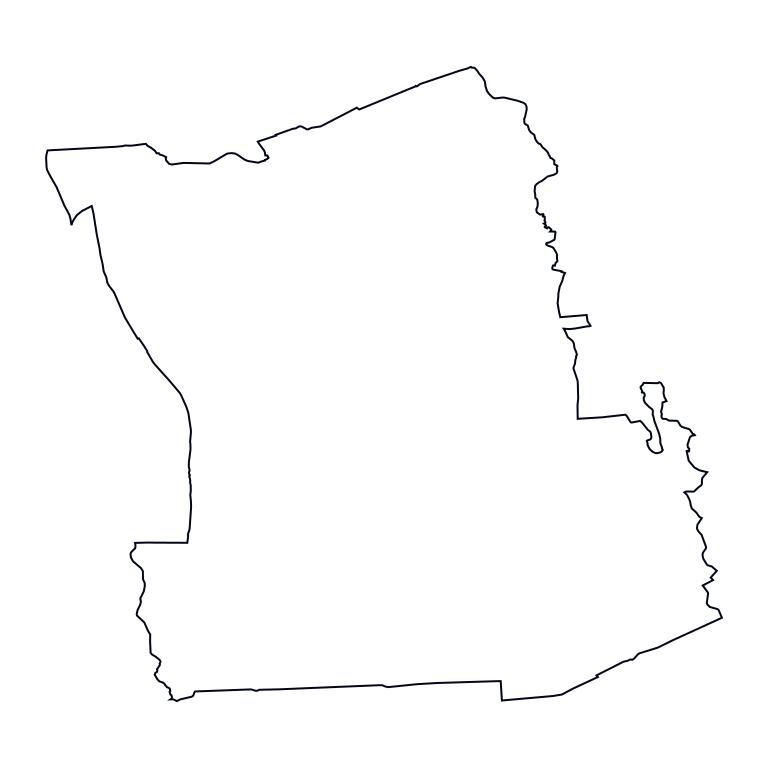 outline of Optasi-Magura, Olt, Romania
{"feature_id": "2599482B31231477930356", "entity_name": "Optasi-Magura", "entity_type": "district", "adm_level": 2, "iso_a3": "ROU", "parent_name": "Romania", "parent_adm1": "Olt", "projection": "natural_earth1", "projection_center": [24.65, 44.581], "detail": "fine", "context": "isolated", "style": "outline", "palette": "ink", "viewbox_px": 768, "rotation_deg": 0, "n_neighbors": 0, "source": "geoboundaries", "source_scale": "gbopen_adm2", "svg_char_len": 6087}
<svg xmlns="http://www.w3.org/2000/svg" viewBox="0 0 768 768"><path d="M701.8,518.1L699.2,516.7L696.3,512.5L691.8,508.5L690.7,505.1L690.1,501.6L689.2,499.2L687.1,495.0L684.4,492.4L686.2,491.5L693.9,491.6L698.7,487.1L701.1,485.4L701.9,483.9L701.9,480.3L702.4,477.9L707.2,472.2L699.4,470.3L694.3,467.4L688.7,460.7L686.6,451.1L687.2,450.8L688.8,451.5L689.1,451.1L689.2,448.6L687.9,447.4L687.5,444.7L690.0,437.1L691.8,435.7L694.8,435.2L694.2,434.3L692.6,433.7L690.0,429.8L689.0,429.1L681.9,426.9L680.2,425.4L677.9,421.3L676.8,420.8L669.1,420.6L666.1,419.0L662.8,418.8L661.9,418.0L661.4,415.9L661.9,414.4L661.1,411.7L662.3,406.7L662.5,402.5L666.5,401.1L664.3,396.7L663.5,393.2L663.8,390.6L663.7,387.5L661.0,383.1L659.5,382.2L657.8,383.2L643.7,382.9L642.7,384.7L640.7,386.8L640.6,387.9L642.0,390.6L641.9,392.5L643.7,392.6L644.6,394.2L644.8,395.8L643.8,397.4L643.7,398.6L644.0,400.6L645.2,403.0L649.2,407.1L652.0,409.1L652.9,410.8L652.7,414.6L653.5,416.9L654.4,421.0L659.4,434.5L659.7,436.5L660.2,437.9L660.4,443.4L662.0,447.5L661.9,448.2L662.6,449.6L662.4,449.6L662.1,451.0L661.7,451.6L660.5,452.3L657.6,453.1L655.3,453.1L652.5,451.7L650.0,449.4L649.2,448.3L647.6,445.1L647.5,442.9L646.8,440.9L647.4,440.4L650.4,439.4L651.1,438.5L651.4,436.8L650.8,432.9L650.1,431.5L648.0,430.0L642.1,422.7L640.2,420.9L631.9,422.5L630.7,422.3L626.8,416.0L625.4,414.7L602.4,417.3L577.7,418.8L577.5,405.3L578.2,398.3L577.8,383.7L577.6,380.9L577.0,378.9L573.5,368.6L573.5,367.8L575.0,363.5L575.4,359.7L576.1,358.0L576.1,356.3L576.9,354.8L576.2,352.2L574.4,347.7L573.8,343.4L572.9,341.6L572.2,340.6L567.8,337.1L565.1,331.0L563.7,328.7L569.7,329.1L575.2,328.5L587.5,326.3L588.8,326.4L590.5,325.8L587.5,321.1L586.7,315.0L560.3,317.2L559.2,312.7L557.6,303.3L558.3,296.7L558.4,293.4L559.7,286.7L562.2,281.1L563.5,276.2L565.0,273.0L561.9,272.0L562.2,271.7L561.7,271.2L553.2,269.6L552.4,269.0L552.3,267.6L553.0,265.7L553.2,265.4L555.0,265.6L555.4,263.3L557.4,261.2L557.0,258.7L557.0,254.7L556.1,252.4L553.5,248.1L552.2,247.1L547.3,245.4L546.3,244.5L546.2,243.6L546.8,243.0L549.7,242.3L554.4,239.7L554.7,239.0L555.5,232.3L555.0,231.6L550.2,231.5L551.2,230.4L551.3,229.5L548.7,227.2L547.7,227.4L547.1,228.3L544.8,227.3L544.8,226.7L546.1,225.9L545.9,225.2L544.0,223.6L545.2,223.3L545.4,222.8L545.2,221.6L544.5,220.6L544.8,219.6L544.7,216.7L542.9,216.4L542.9,215.6L543.5,214.6L543.2,214.1L540.7,214.6L539.9,214.5L536.8,212.3L536.3,209.4L537.5,206.6L537.8,203.6L537.4,200.2L537.0,199.3L535.3,197.8L535.2,194.0L534.6,191.2L535.1,186.1L536.5,184.2L539.1,182.3L542.0,180.8L547.6,176.5L554.0,174.7L556.5,173.3L557.3,171.7L556.8,167.8L556.8,167.2L557.4,166.5L557.3,165.7L554.4,164.3L554.2,163.9L554.3,160.5L551.5,158.2L550.4,158.0L549.7,156.0L548.7,154.8L548.0,152.6L545.5,149.8L542.7,147.5L540.3,144.1L538.4,143.4L536.7,141.4L535.3,138.9L534.3,134.9L531.2,132.7L530.0,131.3L529.2,130.1L527.7,125.4L525.2,124.1L524.4,122.9L524.2,118.8L525.0,117.1L526.7,109.3L526.5,106.5L525.5,104.3L523.5,102.8L517.8,100.8L504.9,97.7L502.9,97.5L495.1,98.4L492.9,97.6L488.9,93.8L487.0,91.0L485.6,86.6L484.8,81.4L482.5,77.4L479.4,74.1L477.5,71.1L474.7,67.9L471.5,67.5L470.9,66.9L467.3,68.5L459.0,70.9L420.2,84.0L417.3,86.1L416.3,86.4L415.7,86.0L415.4,86.4L359.2,109.5L356.8,107.7L320.7,126.4L311.5,127.8L308.2,129.3L306.8,129.3L301.4,126.4L299.2,126.4L295.6,128.4L292.7,128.8L275.6,134.9L276.1,135.6L257.8,141.6L258.9,143.5L264.1,150.5L264.9,152.5L265.3,155.4L267.4,155.5L268.5,157.8L267.9,158.1L267.3,159.0L264.9,159.9L264.9,160.6L261.9,161.3L258.2,162.7L247.8,161.0L244.3,159.5L237.7,154.9L234.8,153.5L231.7,153.1L228.2,153.4L226.4,154.0L214.7,161.0L209.6,163.5L183.7,162.9L171.9,164.5L169.2,163.9L166.2,160.5L165.7,158.5L166.2,157.2L162.5,155.3L159.6,154.5L158.8,153.2L156.6,153.3L155.0,150.8L150.8,147.6L147.5,145.8L145.9,143.8L134.6,145.3L131.2,145.7L124.9,145.5L123.0,146.1L115.3,146.8L47.6,150.4L46.4,154.8L46.1,158.0L46.6,167.4L47.2,170.2L50.3,176.2L56.6,187.2L64.5,205.8L69.4,214.9L70.4,218.6L71.5,225.2L72.2,222.7L73.3,220.5L76.8,215.2L82.2,210.9L91.7,206.0L93.5,213.6L96.7,234.1L99.6,248.7L100.4,254.7L102.6,264.0L103.7,271.4L106.4,277.6L107.2,282.1L107.8,283.7L109.2,286.0L113.6,291.7L114.5,293.4L124.9,317.5L134.2,333.0L137.7,338.7L138.8,338.3L144.3,346.4L147.2,351.0L147.2,352.0L152.9,361.9L154.8,364.4L169.7,381.0L180.0,393.2L181.5,396.0L186.5,407.2L188.4,413.2L190.9,430.1L190.9,432.5L190.1,441.8L190.4,444.1L190.5,449.3L188.9,462.2L188.8,466.8L189.2,468.1L189.6,470.9L189.0,472.1L189.1,473.4L189.4,474.9L189.9,475.2L189.2,476.6L189.8,478.0L190.2,480.4L190.1,482.6L190.7,485.2L190.8,490.9L190.3,494.9L191.0,502.2L191.1,507.2L189.6,529.1L187.9,534.4L188.2,535.8L187.3,542.8L146.4,542.6L135.1,542.9L135.5,545.8L135.2,548.2L131.1,552.3L130.5,554.0L131.0,557.6L133.0,561.3L141.1,568.2L142.9,571.2L143.0,579.2L144.7,583.0L144.8,586.0L143.9,591.1L140.3,598.5L140.9,601.7L140.2,604.7L137.6,610.0L136.7,614.1L137.0,615.6L144.3,622.4L148.0,630.9L150.2,634.4L150.1,641.5L150.6,652.8L151.9,654.4L155.8,656.8L158.7,659.1L160.2,660.6L160.5,661.7L159.7,663.7L159.9,665.0L157.0,669.3L157.4,670.7L156.8,672.1L155.4,672.8L154.7,674.7L157.5,679.4L159.4,681.4L162.9,682.6L164.5,683.8L165.4,685.5L166.5,686.4L166.9,687.1L169.2,688.1L169.8,688.9L170.2,691.0L169.6,691.8L170.3,694.5L171.5,695.2L172.0,697.7L171.8,698.4L170.4,699.4L173.2,699.3L176.9,701.1L180.3,699.4L191.7,696.7L192.6,696.2L193.6,694.9L194.1,692.9L195.2,691.4L196.7,691.4L251.1,689.4L255.9,690.8L257.3,690.7L259.2,689.8L279.8,689.3L379.3,685.2L382.5,685.3L385.5,686.6L388.5,687.1L416.9,684.2L437.0,683.0L499.1,681.1L500.7,681.1L501.9,700.5L553.0,696.0L562.0,694.5L572.6,688.8L597.9,677.0L596.5,675.4L623.5,661.7L627.9,660.7L630.3,659.5L632.3,659.8L634.1,658.6L638.1,654.1L640.1,653.1L657.8,647.6L672.2,640.5L721.9,617.8L718.7,610.2L717.7,609.2L709.7,606.9L707.5,604.6L706.8,603.1L708.1,593.4L707.8,592.4L702.7,585.5L713.1,580.1L710.7,577.6L716.8,570.8L711.8,566.5L707.5,565.2L706.2,563.6L703.3,558.7L702.7,556.2L702.6,554.1L703.0,552.6L705.8,548.6L706.1,547.0L701.6,534.9L698.7,531.7L697.5,529.8L696.9,528.1L697.5,524.6L701.8,518.1Z" fill="none" stroke="#020617" stroke-width="2"/></svg>